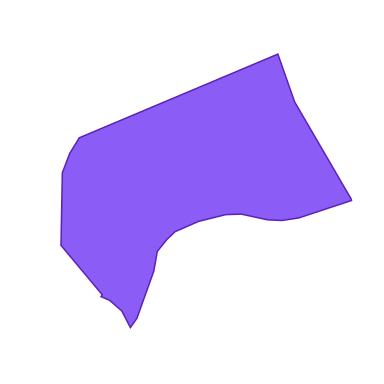 Penal-Debe, Robinson projection, rotated 245°
{"feature_id": "TTO-59", "entity_name": "Penal-Debe", "entity_type": "Region", "adm_level": 1, "iso_a3": "TTO", "parent_name": "Trinidad and Tobago", "parent_adm1": "", "projection": "robinson", "projection_center": [-61.471, 10.164], "detail": "fine", "context": "isolated", "style": "filled", "palette": "violet", "viewbox_px": 384, "rotation_deg": 245, "n_neighbors": 0, "source": "natural_earth", "source_scale": "10m", "svg_char_len": 469}
<svg xmlns="http://www.w3.org/2000/svg" viewBox="0 0 384 384"><g transform="rotate(245 192 192)"><path d="M95.2,78.9L99.1,78.7L113.8,78.1L128.6,71.6L135.6,65.3L136.9,67.2L199.0,50.7L264.2,82.6L278.6,97.4L288.8,112.8L280.7,328.1L230.4,323.1L118.3,333.3L116.9,333.0L123.4,277.7L128.2,261.4L134.8,248.8L151.2,227.2L157.3,212.8L162.6,185.5L163.2,159.9L159.6,149.3L152.9,135.5L136.5,124.0L100.8,88.7L95.2,78.9Z" fill="#8b5cf6" stroke="#5b21b6" stroke-width="1.5"/></g></svg>